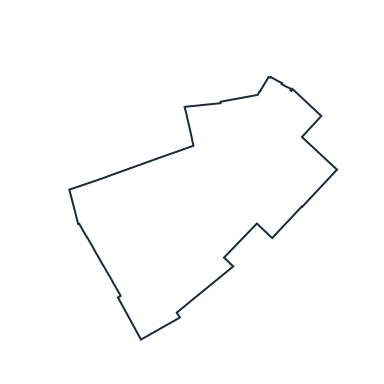 Grivita, Ialomita, Romania, rotated 312°
{"feature_id": "2599482B1434149034356", "entity_name": "Grivita", "entity_type": "district", "adm_level": 2, "iso_a3": "ROU", "parent_name": "Romania", "parent_adm1": "Ialomita", "projection": "equal_earth", "projection_center": [27.323, 44.721], "detail": "fine", "context": "isolated", "style": "outline", "palette": "slate", "viewbox_px": 384, "rotation_deg": 312, "n_neighbors": 0, "source": "geoboundaries", "source_scale": "gbopen_adm2", "svg_char_len": 1890}
<svg xmlns="http://www.w3.org/2000/svg" viewBox="0 0 384 384"><g transform="rotate(312 192 192)"><path d="M254.8,283.8L305.6,284.8L306.0,262.3L306.4,236.9L335.0,237.2L335.8,197.3L335.6,197.3L333.7,198.2L333.6,197.5L333.5,197.3L333.5,197.0L334.0,196.6L334.2,196.3L334.5,196.1L334.6,195.8L334.5,194.9L334.3,194.2L334.0,193.6L333.7,192.8L333.0,190.1L332.7,189.0L332.2,186.2L332.9,186.0L333.1,186.0L332.9,184.7L332.8,184.4L332.6,184.2L332.4,183.6L332.3,182.9L331.3,178.7L331.2,178.1L330.1,173.5L329.2,173.6L328.7,172.0L320.4,173.6L313.8,174.9L312.2,175.2L312.1,174.8L308.3,175.8L308.2,175.8L307.8,175.6L304.2,172.8L296.1,166.6L286.1,158.9L280.1,154.3L278.1,152.9L277.1,153.8L274.9,151.8L269.5,146.9L263.9,141.8L259.4,137.8L255.6,134.3L251.1,130.2L250.2,129.6L245.7,136.5L245.5,136.8L245.3,136.9L244.9,137.5L244.4,138.2L244.0,138.7L242.2,141.3L239.1,145.7L238.9,146.1L238.7,146.3L238.5,146.6L237.8,147.6L235.1,151.4L234.3,152.5L227.3,162.1L216.6,156.3L195.3,144.7L187.1,140.3L186.7,140.1L171.8,132.1L158.6,125.0L146.9,118.7L145.8,118.3L143.2,116.8L140.9,115.6L112.9,99.9L111.7,99.2L111.5,99.5L107.3,105.9L105.1,109.2L99.1,118.3L98.9,118.6L94.4,125.2L92.8,127.6L92.1,128.7L92.9,129.3L92.8,129.7L92.4,130.8L91.7,133.0L90.7,135.9L90.3,137.0L88.9,141.6L88.1,143.9L88.3,144.0L88.1,144.6L87.2,147.5L86.1,150.9L85.7,152.2L82.2,162.1L81.8,163.6L80.3,168.3L78.4,173.7L77.1,178.3L75.9,181.7L75.3,183.8L74.9,185.0L74.1,187.6L73.6,189.2L72.8,191.5L71.8,194.2L71.4,195.3L71.1,196.4L70.7,197.8L70.0,199.7L69.5,201.1L68.5,204.1L67.9,206.3L67.1,208.5L64.1,207.5L48.2,252.8L90.3,266.9L90.7,267.0L91.2,264.8L91.5,263.6L91.8,262.1L92.0,261.9L92.4,261.8L92.5,261.7L92.5,261.4L107.2,263.7L107.9,263.8L112.9,264.5L128.2,266.9L164.3,272.4L164.6,263.7L164.7,259.7L212.0,261.3L211.9,263.9L211.9,264.8L211.8,266.2L211.8,267.6L211.4,282.4L254.8,283.3L254.8,283.8Z" fill="none" stroke="#1e293b" stroke-width="2"/></g></svg>